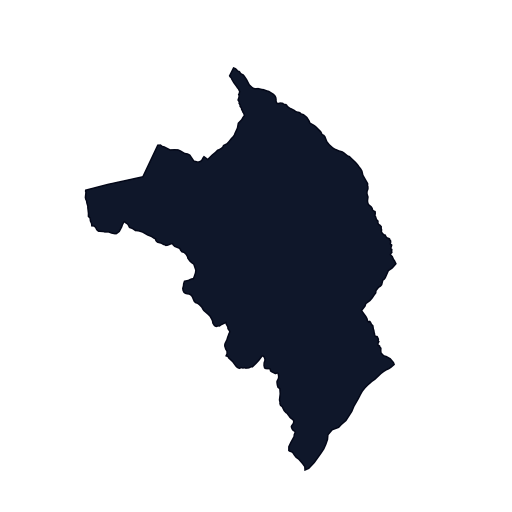 outline of La Caldera, Salta, Argentina, rotated 217°
{"feature_id": "61730980B48775712926369", "entity_name": "La Caldera", "entity_type": "district", "adm_level": 2, "iso_a3": "ARG", "parent_name": "Argentina", "parent_adm1": "Salta", "projection": "natural_earth1", "projection_center": [-65.462, -24.55], "detail": "fine", "context": "isolated", "style": "filled", "palette": "ink", "viewbox_px": 512, "rotation_deg": 217, "n_neighbors": 0, "source": "geoboundaries", "source_scale": "gbopen_adm2", "svg_char_len": 6133}
<svg xmlns="http://www.w3.org/2000/svg" viewBox="0 0 512 512"><g transform="rotate(217 256 256)"><path d="M293.6,184.7L291.7,183.7L290.0,183.7L288.3,184.4L286.5,185.4L284.8,185.7L282.6,185.3L278.1,182.7L276.3,182.4L274.2,183.1L271.9,183.1L268.6,182.6L266.1,181.5L264.8,181.1L259.1,180.7L256.4,180.3L252.8,178.7L251.4,177.8L250.1,176.5L247.5,175.5L246.3,175.5L245.1,176.0L244.4,177.3L243.1,178.1L242.6,179.9L240.1,184.8L238.7,183.7L235.9,182.5L234.6,181.1L231.6,180.1L231.0,178.9L230.8,177.6L230.2,175.8L229.8,174.3L228.8,171.7L228.0,167.5L227.4,166.2L226.7,165.3L224.2,163.5L221.9,162.6L220.3,160.6L219.8,158.3L217.6,158.9L216.6,158.2L210.9,157.6L205.6,156.0L203.8,155.8L201.7,156.3L200.6,158.1L199.0,158.7L198.2,159.8L197.1,160.1L196.0,160.9L194.4,162.4L193.3,164.6L192.2,165.3L191.4,170.3L191.0,174.3L191.0,179.7L190.2,180.4L189.3,180.4L187.7,179.7L186.4,178.6L185.9,177.7L185.2,175.6L183.7,173.4L181.9,171.9L181.2,171.8L180.1,172.2L177.5,174.1L176.6,174.2L175.2,173.0L174.0,173.0L169.7,173.8L168.6,175.5L167.4,175.5L167.0,174.9L165.9,174.0L164.8,172.6L164.2,171.1L163.8,168.6L163.0,167.5L161.3,165.8L159.4,164.4L157.1,164.4L153.7,160.5L150.6,155.2L148.8,153.7L148.0,152.5L146.5,151.5L144.4,151.5L140.5,149.5L137.8,149.0L136.4,149.1L134.7,148.5L134.0,148.4L132.1,147.7L130.9,147.5L128.3,147.5L126.7,147.2L125.4,145.0L125.3,141.8L125.0,140.9L123.2,139.7L121.3,139.1L119.9,139.4L118.8,139.1L118.6,138.8L117.9,136.3L116.9,134.8L115.9,127.9L115.0,123.5L112.7,120.4L111.3,120.5L109.9,121.1L108.1,121.1L105.7,120.2L102.8,119.4L99.6,119.5L94.4,118.4L90.3,117.2L88.1,114.6L86.1,118.1L85.2,126.2L85.5,137.7L85.8,142.7L86.9,147.5L88.5,152.5L91.0,156.5L90.6,163.1L86.9,168.9L86.5,172.8L85.2,178.7L86.0,189.5L87.4,194.9L88.5,203.7L89.3,208.2L89.8,212.0L89.7,216.3L89.2,220.1L88.0,225.8L86.9,229.1L85.5,237.5L84.6,240.6L83.5,243.5L82.2,245.8L81.3,248.3L80.4,252.5L82.1,253.6L87.0,254.7L91.5,254.1L93.4,253.3L94.4,253.2L97.4,253.7L97.8,253.8L99.2,255.2L100.8,257.5L102.7,257.9L102.9,258.3L103.2,258.5L104.8,258.3L105.3,258.6L105.7,259.1L106.0,259.6L106.4,261.6L107.3,261.6L107.5,261.8L108.2,263.2L110.6,264.5L111.0,264.5L111.9,263.8L112.6,263.7L113.8,264.3L114.4,265.1L115.2,265.6L117.4,267.7L118.3,268.2L120.7,270.6L121.9,270.8L122.6,270.7L123.0,270.9L123.5,271.4L125.6,272.2L126.1,272.0L126.1,271.3L126.3,271.0L127.6,271.2L128.3,271.6L129.6,272.7L131.7,273.7L138.9,275.9L138.8,281.5L139.7,284.1L138.2,289.0L138.0,292.5L138.2,295.7L138.2,298.6L139.4,300.5L139.3,304.7L138.5,306.9L138.4,308.7L140.2,313.0L139.7,314.6L139.7,316.4L141.5,323.9L140.0,328.5L139.6,334.0L142.7,335.6L144.2,336.0L146.8,337.5L149.5,337.9L149.8,338.8L149.7,340.7L150.8,341.6L151.2,342.7L151.8,343.0L152.7,342.9L153.0,343.1L154.1,346.2L154.4,346.5L154.7,346.5L155.2,346.2L155.7,346.3L156.2,346.7L156.7,347.9L157.3,348.7L158.1,349.4L158.8,349.2L159.2,349.3L159.7,350.0L160.1,350.0L162.5,349.3L163.0,349.3L165.3,350.3L165.7,350.4L166.0,349.9L166.5,349.9L168.5,350.1L170.1,350.6L170.7,351.1L171.4,352.4L172.7,353.4L173.7,354.8L175.9,355.2L176.3,355.0L176.7,355.0L177.9,355.3L178.8,356.0L179.1,356.6L179.7,357.3L181.8,357.6L184.1,359.3L185.3,359.7L186.4,361.8L187.6,363.1L188.0,363.1L189.0,362.7L190.5,362.9L191.1,363.1L191.8,363.9L193.1,364.4L193.8,364.6L196.6,364.7L197.4,364.9L198.3,365.4L199.4,366.3L200.4,367.5L202.1,370.5L204.5,372.2L205.3,373.0L206.3,374.6L206.9,376.6L207.4,377.5L208.7,379.0L209.5,379.4L210.1,380.6L210.5,381.0L219.3,384.8L222.5,387.5L225.1,388.6L227.3,389.1L229.3,389.8L232.9,390.6L238.4,391.2L241.3,391.6L243.0,391.0L248.0,391.2L250.0,391.0L253.0,389.8L255.6,389.2L257.3,388.7L260.0,388.5L264.5,388.9L268.3,389.9L272.8,392.7L274.5,393.1L275.9,392.8L276.7,392.8L277.7,393.5L279.2,394.2L285.5,395.1L287.6,395.2L292.7,394.6L293.7,394.9L294.5,395.6L298.7,397.2L300.0,397.3L303.2,397.4L305.6,396.5L306.7,396.8L308.0,396.6L309.9,395.6L311.3,395.2L312.9,395.3L316.5,394.7L317.8,394.3L321.0,394.3L322.1,394.8L323.2,394.9L324.9,393.9L325.5,393.8L326.5,394.0L328.6,392.8L330.1,391.0L330.8,390.6L331.7,390.8L332.8,391.4L333.6,392.2L334.3,393.2L335.7,394.5L337.1,395.2L339.3,395.6L344.9,395.1L346.6,394.4L350.2,393.3L351.5,392.5L355.0,391.0L357.3,389.0L359.1,388.3L360.8,388.2L364.4,388.6L369.8,391.2L373.9,392.6L375.5,392.9L376.8,392.5L378.4,392.5L379.5,393.0L380.5,393.2L381.6,392.7L382.4,392.7L383.6,393.1L385.2,393.2L387.1,392.7L385.5,384.0L384.5,383.6L383.5,383.5L382.5,383.2L381.8,382.7L378.0,381.1L373.3,379.7L372.1,379.2L370.8,379.0L368.0,377.6L367.2,375.8L367.0,374.5L365.9,373.9L365.1,372.5L364.2,369.8L362.0,369.0L361.4,367.8L360.3,367.4L359.2,366.7L358.8,366.0L356.8,365.5L355.5,364.3L354.3,363.9L353.2,363.1L351.9,362.7L350.9,362.1L349.7,361.1L349.8,359.0L349.4,356.2L350.0,351.4L347.8,347.0L346.5,341.1L346.0,339.5L346.0,337.1L346.3,335.2L346.4,330.8L346.7,328.1L348.4,324.7L348.0,323.0L348.4,321.1L349.3,318.9L350.3,317.4L350.7,314.3L351.7,310.2L352.6,304.0L357.3,304.0L357.3,302.4L356.9,300.3L357.2,298.3L358.8,296.0L361.2,295.1L362.6,294.3L369.6,296.7L372.0,296.3L374.8,294.9L379.5,294.4L382.1,293.8L385.0,291.8L388.4,289.0L395.2,287.8L396.8,287.0L399.0,287.1L401.1,285.4L394.0,251.2L417.3,224.1L431.6,206.1L431.1,205.2L430.1,204.5L427.5,200.1L426.1,198.9L424.5,198.1L423.0,196.6L420.3,194.6L419.3,193.3L415.5,189.3L413.7,186.8L411.2,186.4L409.4,184.4L406.7,182.9L405.3,181.3L403.5,182.5L402.1,182.5L400.5,182.0L399.0,181.2L396.8,181.0L392.3,183.9L391.3,184.2L388.3,186.5L385.0,187.5L382.1,188.9L381.0,189.8L380.0,193.3L380.8,198.4L381.5,200.4L381.9,202.6L382.0,203.7L381.6,204.4L380.5,204.1L377.8,204.3L376.3,203.8L374.4,202.8L373.8,202.8L372.2,203.4L370.7,203.7L367.5,203.8L366.4,204.6L364.6,205.6L361.0,206.9L355.2,207.6L351.3,208.7L347.8,208.9L346.5,209.2L345.5,208.3L344.4,207.9L342.9,207.8L339.3,209.3L336.7,209.6L335.8,210.1L334.4,210.2L333.1,211.5L331.3,214.5L330.1,215.7L329.0,215.1L326.7,214.8L321.5,216.2L319.7,215.3L317.7,214.8L315.7,215.6L315.0,215.6L312.7,215.3L310.1,214.2L309.2,213.3L305.7,212.2L303.5,212.0L300.8,212.1L295.5,208.5L294.1,206.0L292.9,202.4L292.3,200.1L293.3,199.3L294.3,197.8L295.2,195.9L297.9,192.8L297.1,190.4L295.9,188.4L295.0,186.1L293.6,184.7Z" fill="#0f172a" stroke="#020617" stroke-width="1.5"/></g></svg>